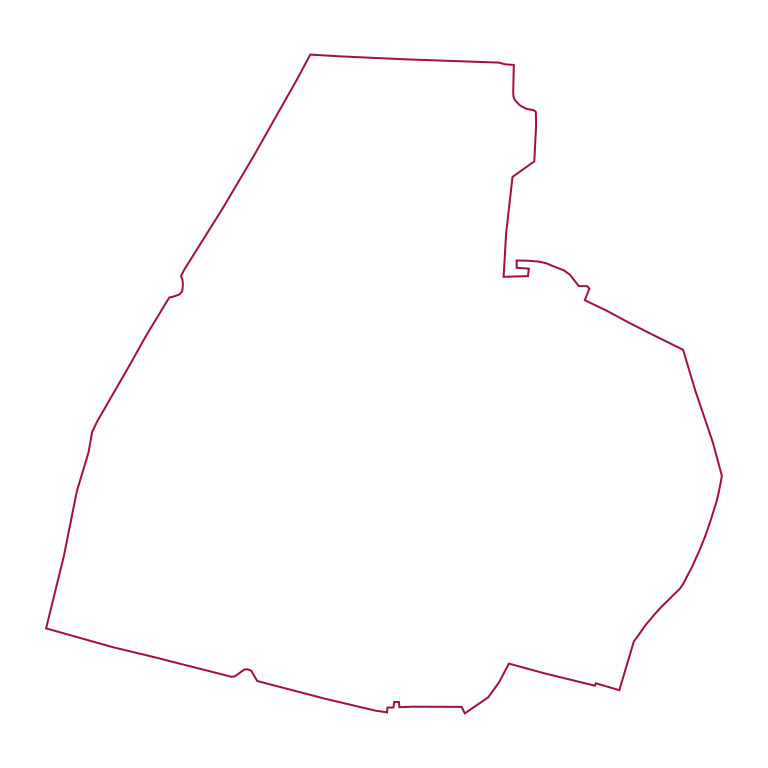 Abdin, Al Qahirah, Egypt
{"feature_id": "37247803B10880133914548", "entity_name": "Abdin", "entity_type": "district", "adm_level": 2, "iso_a3": "EGY", "parent_name": "Egypt", "parent_adm1": "Al Qahirah", "projection": "orthographic", "projection_center": [31.247, 30.046], "detail": "fine", "context": "isolated", "style": "outline", "palette": "rose", "viewbox_px": 768, "rotation_deg": 0, "n_neighbors": 0, "source": "geoboundaries", "source_scale": "gbopen_adm2", "svg_char_len": 1868}
<svg xmlns="http://www.w3.org/2000/svg" viewBox="0 0 768 768"><path d="M505.5,64.4L498.7,62.6L404.9,59.3L338.9,56.3L336.7,56.2L334.4,56.0L310.3,54.6L297.1,79.2L254.4,154.8L222.9,208.0L184.3,269.6L181.0,276.1L182.4,279.7L182.5,280.4L182.9,285.1L182.2,291.2L180.8,292.9L179.4,294.5L172.5,296.9L170.9,297.2L169.3,297.5L146.9,334.3L129.9,364.7L97.6,420.7L95.3,425.3L94.1,428.0L92.1,432.0L88.5,452.5L76.8,491.4L63.9,555.9L46.1,628.4L113.6,647.4L153.5,657.0L188.9,666.0L231.6,676.8L233.2,676.6L234.9,676.3L237.0,674.8L244.2,669.6L247.6,669.3L251.2,670.7L257.2,681.0L323.7,698.4L375.6,710.7L380.8,711.4L387.0,712.4L387.3,708.5L387.4,707.6L389.7,707.5L393.4,707.5L393.7,705.8L394.3,701.9L398.9,702.0L399.2,705.0L399.4,707.2L412.9,706.7L461.6,706.9L463.2,710.1L464.8,713.4L488.2,697.3L499.0,682.4L508.9,663.6L544.7,673.4L594.9,685.7L595.4,684.5L595.9,683.3L619.3,690.2L633.8,641.6L636.6,637.7L638.5,635.2L644.7,626.1L654.6,614.3L660.9,607.4L663.9,604.4L667.0,601.4L673.2,595.2L679.7,588.9L682.8,584.6L686.6,577.3L692.8,565.4L694.4,561.7L696.0,558.0L699.5,550.3L705.4,535.7L710.1,522.1L716.3,502.3L717.5,497.6L718.6,492.9L721.0,480.9L721.4,478.4L721.9,475.9L715.7,453.0L714.4,448.0L713.0,442.9L695.5,391.2L684.6,354.9L683.9,352.4L683.1,349.8L659.6,338.2L649.8,333.3L628.5,322.5L606.7,310.7L588.6,302.1L586.7,301.1L584.8,300.0L587.7,292.9L589.4,288.6L588.3,287.4L587.2,286.2L583.9,286.1L578.8,286.1L577.4,284.3L576.0,282.5L570.0,274.8L567.1,272.7L564.2,270.5L552.7,266.0L545.8,263.1L542.4,262.4L539.1,261.6L527.6,260.7L516.7,260.5L516.7,267.8L523.8,268.3L528.8,268.6L528.0,276.1L503.6,276.8L506.1,233.8L512.5,176.9L532.0,163.0L533.2,162.3L534.3,161.6L536.1,125.7L536.0,118.6L535.8,111.9L533.9,110.3L526.3,108.8L523.5,107.3L520.4,105.7L518.4,103.9L514.4,99.3L513.4,96.1L513.3,93.6L513.2,91.9L513.8,64.9L507.7,64.5L505.5,64.4Z" fill="none" stroke="#9f1239" stroke-width="2"/></svg>